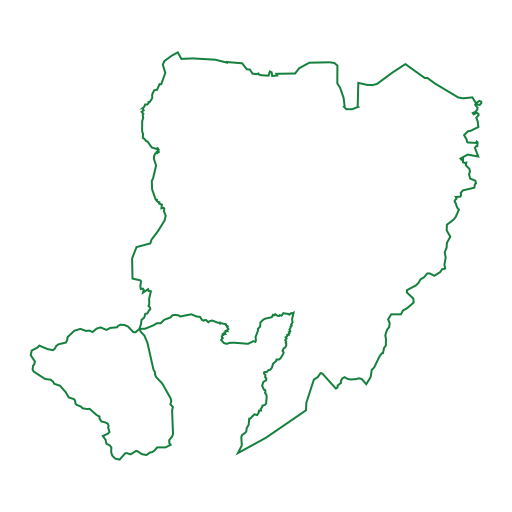 Lahat, Sumatera Selatan, Indonesia
{"feature_id": "22746128B84107388414918", "entity_name": "Lahat", "entity_type": "district", "adm_level": 2, "iso_a3": "IDN", "parent_name": "Indonesia", "parent_adm1": "Sumatera Selatan", "projection": "albers", "projection_center": [103.338, -3.877], "detail": "fine", "context": "isolated", "style": "outline", "palette": "green", "viewbox_px": 512, "rotation_deg": 0, "n_neighbors": 0, "source": "geoboundaries", "source_scale": "gbopen_adm2", "svg_char_len": 6035}
<svg xmlns="http://www.w3.org/2000/svg" viewBox="0 0 512 512"><path d="M139.4,328.9L145.2,328.7L153.3,325.4L156.9,323.2L160.6,323.3L164.2,319.8L170.6,317.4L172.5,315.2L175.7,314.9L178.9,315.5L180.2,316.5L191.3,314.3L196.6,316.5L200.0,316.9L202.0,319.9L203.8,320.7L205.2,319.9L206.3,320.2L208.3,322.3L209.5,321.2L212.3,320.5L218.0,322.8L220.1,322.6L220.3,323.6L221.1,323.2L226.0,324.3L225.9,325.2L227.7,326.3L227.1,327.0L228.4,329.1L226.9,330.3L227.4,331.1L225.6,331.0L225.7,331.8L224.4,332.5L225.3,334.0L222.8,334.1L223.1,335.0L222.5,335.0L221.7,337.1L221.9,337.6L223.0,336.9L222.4,337.3L222.8,338.1L221.1,340.0L224.1,343.2L227.1,343.8L229.4,342.9L234.0,342.7L248.0,343.8L253.4,341.2L255.4,341.8L255.9,340.5L255.6,336.9L257.9,330.9L258.0,328.7L260.1,326.7L260.4,322.4L263.0,319.9L265.0,318.7L271.8,317.2L273.0,314.8L274.0,315.3L275.2,314.2L277.5,315.8L279.0,316.0L279.7,315.2L281.5,315.7L283.3,313.2L288.6,314.0L289.3,314.7L291.3,313.1L292.1,313.4L293.6,312.7L292.1,318.9L292.5,322.5L291.1,324.6L291.7,325.6L290.5,326.6L290.7,327.6L289.4,329.6L290.3,331.1L289.0,332.0L289.6,332.9L288.6,333.7L288.9,334.8L287.2,335.0L287.2,336.1L285.6,337.3L286.6,338.5L285.2,340.2L286.1,341.7L285.6,342.8L286.3,343.7L286.2,345.6L285.2,347.5L283.8,348.2L282.5,350.8L283.6,352.3L283.2,353.9L280.5,358.4L278.8,359.6L276.5,359.5L276.2,361.0L273.1,363.6L271.9,367.7L270.2,369.7L268.3,370.2L267.1,371.8L264.2,372.2L264.1,373.8L265.4,374.9L265.2,377.4L266.3,378.3L266.2,380.2L263.4,381.9L262.1,385.6L263.9,389.6L265.1,390.0L265.5,392.0L265.0,392.8L266.3,394.7L266.7,396.9L266.1,403.5L264.8,405.0L262.4,405.6L262.3,406.9L260.8,408.8L261.0,410.5L258.9,410.6L258.7,412.7L257.1,415.1L254.5,414.3L250.1,418.6L249.2,418.7L248.7,424.6L246.6,428.4L246.4,431.0L245.5,432.6L242.1,435.0L241.3,437.0L241.8,445.5L237.9,453.1L266.0,437.7L306.0,410.3L306.3,402.9L313.9,379.5L317.7,377.2L320.6,373.1L322.3,373.5L335.9,388.6L337.6,387.2L337.7,385.5L341.0,382.9L340.8,381.2L342.4,378.4L344.5,377.2L347.8,379.0L350.7,379.5L356.1,379.1L358.9,378.3L361.6,378.9L366.3,384.2L370.7,376.9L371.7,369.9L374.2,367.4L379.7,356.0L382.0,353.2L383.0,353.1L384.0,348.0L385.8,345.6L386.0,339.2L385.3,335.4L387.0,329.8L389.2,327.1L389.7,323.1L388.1,319.4L391.2,314.3L400.9,314.3L403.1,310.4L407.0,308.3L413.6,302.6L413.4,298.7L406.9,292.5L406.9,290.2L415.9,285.4L418.4,283.0L420.6,279.3L424.1,277.2L427.2,273.5L429.7,273.4L434.3,275.8L440.0,272.2L442.3,269.1L444.6,268.9L445.2,268.2L444.4,264.8L445.7,257.6L444.7,252.2L446.6,247.8L446.9,242.9L450.3,236.7L446.7,230.4L446.9,224.7L453.6,219.6L455.7,216.9L458.9,209.7L457.2,207.6L455.5,202.7L454.8,202.2L454.7,200.5L456.5,198.7L455.8,197.0L460.3,196.7L461.2,195.1L460.7,192.9L462.9,190.4L474.3,187.7L474.9,184.3L476.0,183.4L475.4,180.7L470.2,178.6L469.0,174.2L470.0,171.5L469.3,168.8L465.8,165.3L466.3,162.6L464.5,162.9L463.0,162.2L463.0,159.2L461.4,159.8L460.5,158.6L467.6,154.6L478.2,156.5L474.9,147.8L476.1,146.2L477.3,146.1L477.6,142.3L476.7,141.5L476.0,142.9L467.9,142.5L466.9,141.6L466.9,140.1L464.1,135.1L468.1,131.2L470.4,130.9L478.4,127.0L477.7,121.3L476.3,117.6L478.6,115.1L478.5,114.0L476.9,112.8L473.7,114.3L472.8,113.0L475.5,111.8L477.4,109.4L477.5,107.7L475.2,104.8L475.5,104.2L479.7,104.9L481.3,103.2L481.2,101.7L479.3,100.9L477.0,102.6L475.6,102.7L472.4,97.4L463.1,98.3L458.3,97.5L435.1,83.6L427.4,78.0L424.9,78.1L405.4,64.1L392.8,72.3L377.1,83.9L372.4,85.1L367.1,84.9L358.3,82.9L357.7,106.5L358.2,106.9L352.2,109.2L346.3,109.2L343.9,106.7L344.6,106.0L343.6,97.9L340.1,87.8L337.3,83.4L337.4,65.6L334.4,63.0L329.7,62.3L309.3,62.7L299.1,68.3L295.1,73.5L276.4,73.8L277.1,75.5L272.2,76.0L271.6,72.3L269.9,71.5L268.5,75.7L261.1,75.2L259.0,74.6L258.4,73.5L256.3,74.2L252.5,73.6L249.8,69.5L246.8,69.3L242.2,63.3L226.8,62.0L226.9,62.6L215.2,59.7L192.9,58.4L181.4,58.9L177.8,52.4L172.0,55.5L164.4,61.0L162.8,64.6L165.3,72.9L161.5,83.5L161.0,84.3L159.6,84.1L157.0,89.8L154.2,90.3L152.2,94.3L152.2,98.2L149.8,101.9L148.6,102.0L148.4,103.4L147.1,104.6L145.1,104.5L144.2,106.9L142.7,108.1L143.6,108.0L142.6,108.5L143.7,110.3L141.6,111.9L143.4,113.8L142.7,115.0L143.2,118.0L142.2,120.9L142.1,131.3L143.1,134.0L142.8,137.9L144.5,138.9L146.1,141.1L147.5,141.5L151.7,147.4L155.9,148.8L157.6,148.1L158.4,149.3L157.4,149.5L158.7,151.1L158.7,152.2L156.8,151.9L157.0,153.2L155.4,153.3L153.9,156.5L154.0,159.1L156.1,165.5L153.1,178.2L151.8,181.1L152.1,189.3L155.6,199.5L156.9,199.8L156.7,200.9L157.9,201.9L159.4,202.2L159.1,203.6L161.9,204.6L161.4,208.3L163.6,207.8L164.2,208.4L164.0,211.3L165.7,215.7L164.6,220.5L158.2,230.8L151.5,239.7L150.3,243.4L136.5,247.1L132.1,258.5L132.5,278.6L140.2,280.3L141.0,281.3L140.3,286.6L140.9,289.1L142.9,288.6L143.7,289.7L143.0,292.6L148.1,289.2L148.6,291.0L150.9,291.3L149.1,298.9L149.3,303.9L148.5,305.9L150.1,307.6L150.2,309.5L149.0,310.4L147.3,313.5L145.3,313.9L144.2,317.6L141.5,319.9L141.1,323.7L139.4,328.9ZM170.6,444.8L169.3,443.0L169.2,440.2L172.1,436.6L173.0,434.1L172.1,410.4L172.9,407.0L170.4,404.3L171.3,401.3L170.6,398.3L162.3,383.6L156.1,377.0L155.0,374.3L155.1,372.5L153.4,369.3L147.4,342.7L144.4,335.6L140.8,331.8L139.4,328.9L135.6,332.3L133.3,332.1L128.0,326.5L124.7,325.1L120.7,324.7L118.3,325.7L117.1,327.3L110.3,327.9L106.4,329.9L100.6,327.4L96.7,328.6L92.5,332.0L89.3,330.6L85.9,330.9L80.4,328.9L74.4,330.7L67.6,337.1L67.1,340.3L65.8,342.6L58.8,344.2L56.2,346.0L54.9,348.6L53.0,350.2L47.6,349.1L39.3,345.6L37.5,347.5L31.7,350.6L30.7,355.2L34.9,361.5L34.2,364.6L33.1,365.6L32.6,369.5L33.6,371.5L44.9,378.9L50.9,379.8L53.1,381.7L54.2,383.8L60.0,385.7L65.8,392.3L68.7,397.4L73.9,399.1L74.9,400.3L75.6,403.9L76.7,404.9L80.8,406.5L82.6,408.3L87.5,409.1L89.5,408.8L96.8,415.2L99.5,416.5L99.5,418.5L101.4,421.5L105.1,422.3L107.9,423.8L108.6,425.9L108.1,427.3L109.5,432.0L107.8,433.7L102.8,436.0L105.5,439.7L106.5,443.8L109.7,445.4L111.3,447.3L111.2,452.4L112.3,455.7L115.4,458.7L119.6,459.6L125.2,453.3L126.6,453.1L130.7,454.3L136.0,451.0L137.4,451.1L141.9,454.2L146.5,455.0L149.9,452.5L152.0,452.2L154.5,450.5L157.2,447.4L165.5,447.4L170.6,444.8Z" fill="none" stroke="#15803d" stroke-width="2"/></svg>